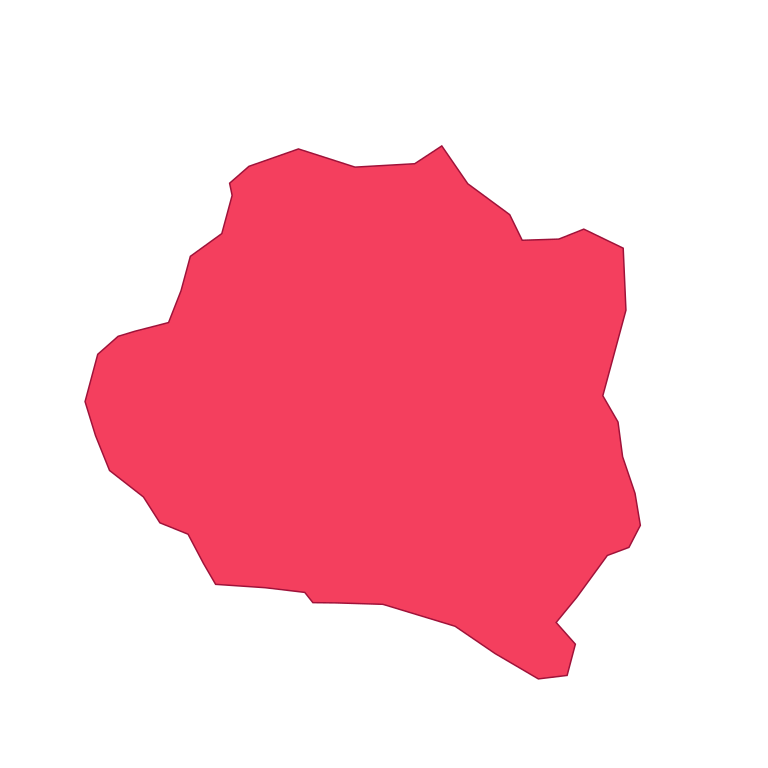 Tidaholm, Västra Götaland, Sweden, rotated 105°
{"feature_id": "70781695B48750252514095", "entity_name": "Tidaholm", "entity_type": "district", "adm_level": 2, "iso_a3": "SWE", "parent_name": "Sweden", "parent_adm1": "Västra Götaland", "projection": "albers", "projection_center": [13.988, 58.167], "detail": "fine", "context": "isolated", "style": "filled", "palette": "rose", "viewbox_px": 768, "rotation_deg": 105, "n_neighbors": 0, "source": "geoboundaries", "source_scale": "gbopen_adm2", "svg_char_len": 782}
<svg xmlns="http://www.w3.org/2000/svg" viewBox="0 0 768 768"><g transform="rotate(105 384 384)"><path d="M405.7,651.5L406.8,653.2L429.4,668.2L478.4,668.2L508.5,649.3L538.6,626.7L555.4,587.1L576.1,564.5L579.8,534.4L604.2,511.8L621.1,494.8L611.5,446.0L605.8,406.6L613.6,396.1L607.9,373.9L597.1,328.1L599.6,252.7L615.6,207.0L628.9,158.6L618.1,131.7L585.8,131.8L569.8,156.0L540.2,142.6L491.8,123.9L478.4,105.1L454.2,99.8L424.7,113.2L392.5,134.7L360.2,148.1L350.0,158.3L338.7,169.6L250.1,169.4L190.9,188.1L182.7,231.1L198.8,252.7L209.4,287.7L187.9,306.4L168.9,354.9L139.1,389.8L163.3,411.4L182.0,468.1L179.1,527.5L208.7,570.8L230.0,585.1L241.2,579.5L280.7,579.6L310.8,604.1L346.5,604.2L380.4,608.0L397.4,638.1L405.7,651.5Z" fill="#f43f5e" stroke="#9f1239" stroke-width="1.5"/></g></svg>